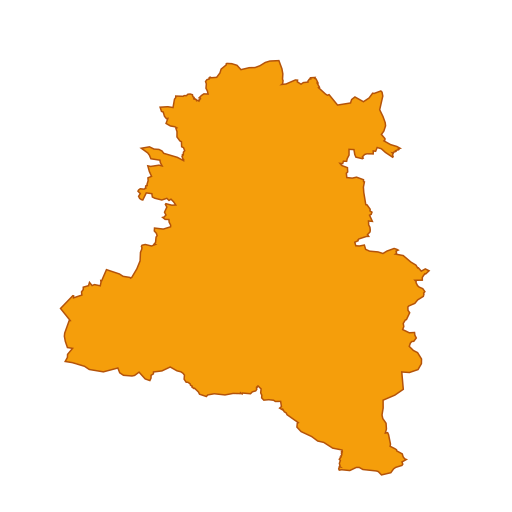 the district of Mallow Lea-5, Cork, Ireland, rotated 10°
{"feature_id": "5873133B25639176820798", "entity_name": "Mallow Lea-5", "entity_type": "district", "adm_level": 2, "iso_a3": "IRL", "parent_name": "Ireland", "parent_adm1": "Cork", "projection": "equal_earth", "projection_center": [-8.702, 52.146], "detail": "fine", "context": "isolated", "style": "filled", "palette": "amber", "viewbox_px": 512, "rotation_deg": 10, "n_neighbors": 0, "source": "geoboundaries", "source_scale": "gbopen_adm2", "svg_char_len": 6034}
<svg xmlns="http://www.w3.org/2000/svg" viewBox="0 0 512 512"><g transform="rotate(10 256 256)"><path d="M86.4,393.0L93.6,392.9L106.3,394.4L111.5,396.7L125.8,396.6L139.4,390.3L142.1,394.7L146.2,396.5L154.7,395.7L157.2,394.7L161.0,390.7L168.2,396.3L173.1,397.1L173.8,394.5L173.4,391.7L175.4,389.9L175.2,388.0L183.3,385.5L190.8,380.2L198.1,382.8L202.1,383.1L204.4,384.1L206.2,385.7L206.6,389.8L209.1,392.4L210.9,392.2L213.4,393.4L213.9,394.6L215.8,395.3L215.7,396.2L217.9,397.3L218.5,396.9L222.9,399.9L224.4,401.9L231.5,403.0L232.6,401.2L238.8,398.9L249.6,398.2L257.3,395.3L264.5,394.2L264.5,393.4L266.3,394.3L266.6,393.3L274.5,392.6L276.0,390.4L279.1,388.9L279.9,387.2L279.4,386.1L279.9,385.3L279.4,385.0L280.5,383.6L284.1,386.0L284.4,390.0L285.9,392.1L286.2,394.7L288.7,396.6L293.5,395.3L298.4,395.0L300.3,395.9L305.5,394.9L307.2,399.9L305.7,401.7L308.8,402.9L309.0,402.3L310.9,404.5L313.0,405.3L314.1,406.9L326.6,412.8L325.7,413.7L326.0,417.4L330.9,421.1L342.1,424.1L348.9,427.5L355.1,427.8L364.9,431.9L374.4,432.1L374.9,433.3L374.2,433.8L375.0,434.8L374.3,435.3L375.1,436.9L374.4,437.8L374.8,439.0L373.9,439.4L374.1,440.4L373.3,441.7L374.6,442.7L374.1,445.8L375.1,447.8L374.7,448.6L375.6,449.1L374.7,449.1L374.4,451.3L375.2,452.4L377.5,451.6L385.6,451.0L391.5,446.8L394.4,446.3L398.3,447.7L411.8,446.8L413.9,447.1L417.6,449.8L426.4,446.0L428.5,441.7L430.3,439.9L436.1,436.9L436.7,435.5L435.5,433.5L439.4,430.3L437.6,429.9L435.7,428.1L434.4,425.5L428.5,423.5L428.0,422.4L426.1,421.6L421.1,420.1L421.1,417.9L417.6,409.0L416.3,407.1L414.1,407.9L414.5,403.7L413.1,398.1L409.1,394.1L407.7,390.7L407.6,383.6L406.2,375.9L416.9,368.9L424.2,361.7L419.7,344.9L427.3,344.1L435.3,339.7L437.6,333.3L436.9,328.7L431.9,323.1L427.4,321.7L422.6,318.4L423.1,315.1L424.2,313.2L426.2,312.6L428.1,308.9L426.2,306.4L425.4,303.8L420.3,305.0L413.2,303.0L413.8,299.8L412.7,296.8L414.2,293.0L415.2,292.5L417.2,285.2L415.1,283.1L414.4,279.9L415.1,278.7L420.7,275.0L422.8,271.2L427.8,266.7L428.0,264.4L427.5,263.4L428.5,261.8L425.9,259.2L422.1,258.3L420.2,257.1L418.2,254.4L418.1,253.2L416.8,252.3L424.0,250.9L423.5,248.3L423.9,247.2L425.4,244.1L426.2,244.2L429.0,240.5L425.0,239.3L421.4,242.2L417.9,239.4L417.3,239.7L415.1,237.2L409.6,235.1L400.9,230.0L393.1,229.9L394.0,229.1L393.1,226.9L395.0,225.5L393.6,225.0L390.7,224.6L384.1,228.4L380.6,231.5L375.5,230.8L367.0,231.5L362.8,230.4L360.8,226.4L356.1,228.2L352.5,228.6L350.9,225.3L353.9,223.2L353.6,222.5L354.4,221.3L361.3,217.6L363.6,217.1L362.1,215.5L364.1,212.5L364.0,210.6L363.2,207.9L361.6,205.9L360.7,202.0L364.6,201.7L360.7,196.1L362.2,195.0L362.6,192.7L360.4,191.8L360.3,190.1L356.4,186.3L355.3,186.4L355.0,185.8L351.1,174.7L349.8,169.5L349.9,164.2L349.0,164.1L348.6,162.2L341.3,160.9L337.3,162.6L331.8,163.0L330.6,158.8L331.7,157.3L330.7,153.1L324.7,152.0L322.6,150.2L325.3,150.0L325.6,147.5L328.8,147.0L328.9,144.3L330.1,140.5L329.1,134.8L334.0,134.2L335.6,138.8L337.2,141.3L343.9,141.7L344.6,141.0L343.6,139.9L345.3,137.2L347.4,136.1L353.7,135.1L353.2,132.2L355.6,132.1L356.5,128.1L360.8,128.6L365.4,131.5L373.4,135.0L373.8,134.4L373.0,132.9L373.1,131.3L372.3,130.7L373.4,130.7L373.5,129.9L375.6,128.7L375.1,128.1L377.4,126.7L376.8,126.3L378.0,126.6L378.3,126.0L377.8,125.6L379.2,124.9L375.7,123.7L369.1,122.9L362.0,120.4L362.8,119.2L362.6,118.0L358.4,114.5L360.2,110.8L361.0,105.3L360.1,102.3L356.9,96.7L352.4,90.5L353.1,76.5L351.7,72.8L350.3,71.8L344.1,75.4L342.6,75.4L339.9,80.8L335.0,85.4L325.8,82.2L323.0,85.3L322.5,88.9L310.1,93.2L299.9,84.4L298.6,85.3L296.4,84.5L288.4,79.4L289.2,78.8L286.2,75.1L287.0,74.8L284.4,71.2L283.0,70.9L283.2,69.9L278.7,71.0L278.4,71.5L279.1,72.1L277.7,72.8L276.8,74.7L277.0,75.7L272.5,77.0L270.5,79.0L266.4,77.3L266.4,75.6L264.2,75.8L255.7,81.4L251.6,82.6L252.3,81.8L252.2,78.7L251.4,77.2L250.8,72.0L249.0,67.1L244.6,59.6L235.8,61.6L231.5,63.8L226.9,67.9L222.3,70.6L216.7,71.7L208.8,75.1L204.2,71.5L198.7,70.8L193.9,71.4L193.3,71.9L193.5,73.0L189.2,78.0L188.7,82.0L186.2,86.9L181.1,88.2L179.7,87.8L179.0,88.7L179.6,88.9L179.1,89.9L177.1,90.8L176.0,92.9L177.2,95.1L177.6,99.5L179.5,102.0L180.7,104.8L176.5,105.4L174.4,107.4L172.8,109.7L173.3,109.6L174.0,110.7L173.1,111.4L173.5,111.6L172.9,113.4L171.6,112.8L170.5,113.4L169.9,112.3L168.1,112.2L168.4,111.8L167.4,111.6L167.5,110.6L166.1,110.0L165.4,108.2L163.1,107.9L160.8,108.5L159.6,110.2L157.4,110.5L156.5,111.4L149.2,112.4L149.4,114.1L148.5,115.7L148.5,124.2L143.2,124.3L135.7,126.1L137.8,130.0L139.6,130.3L141.6,134.3L143.9,136.3L145.3,135.8L144.4,141.1L149.1,142.8L153.6,142.8L155.8,143.6L155.0,144.3L156.6,147.2L157.5,152.5L161.1,155.9L162.7,156.4L163.8,161.3L165.8,161.9L167.5,164.7L166.5,166.3L166.8,168.9L166.0,169.0L166.4,170.1L165.8,170.6L167.1,173.0L168.0,173.5L168.2,174.7L161.4,172.5L147.3,170.9L145.2,168.9L141.9,167.9L137.0,168.4L132.1,167.0L124.3,169.8L131.5,173.3L133.5,175.2L135.6,178.5L144.7,178.3L145.7,180.8L147.9,183.6L144.7,183.4L136.7,186.1L133.8,186.0L136.3,191.3L139.3,195.7L136.0,197.8L136.7,200.5L136.2,204.4L136.6,205.5L135.4,205.9L135.2,207.5L135.8,208.2L134.2,209.6L130.3,209.9L128.9,211.4L128.5,212.7L131.2,214.6L130.0,217.6L131.4,219.5L133.3,220.4L134.8,220.5L137.0,212.9L142.6,212.7L143.7,215.9L146.4,216.7L153.5,217.2L158.2,214.7L160.7,216.4L162.4,214.8L165.5,217.0L168.1,219.7L164.3,220.6L158.2,220.1L157.8,220.9L159.7,223.3L158.3,228.8L160.2,231.3L158.7,233.6L157.4,234.2L160.1,235.7L163.9,235.2L164.6,237.8L166.6,240.4L166.8,242.1L160.0,245.6L151.2,246.1L151.5,249.0L154.0,251.0L155.1,253.2L154.3,254.7L154.7,260.1L153.6,261.9L154.9,262.1L151.4,264.3L144.9,263.9L141.9,265.2L141.5,266.4L142.2,267.6L142.3,269.1L141.6,272.5L142.7,280.9L140.9,289.3L137.4,298.6L136.3,299.6L135.6,299.0L128.6,299.1L124.6,297.4L111.1,295.4L108.3,307.2L107.4,307.1L107.9,308.7L107.8,312.4L101.9,312.2L99.7,313.6L96.6,310.9L96.2,314.3L91.3,316.7L91.7,319.0L90.4,321.7L91.3,324.7L83.6,328.9L83.3,326.9L82.5,326.9L72.6,341.6L84.3,351.9L83.2,352.3L81.0,365.1L81.2,368.3L83.0,373.1L86.2,378.9L91.4,378.8L87.5,385.6L87.9,388.6L86.4,393.0Z" fill="#f59e0b" stroke="#b45309" stroke-width="1.5"/></g></svg>